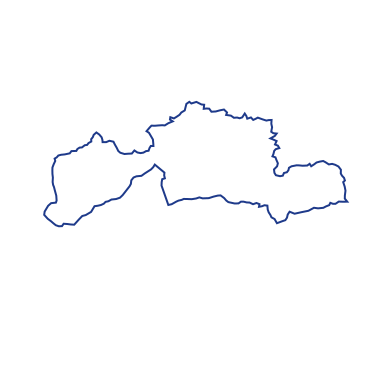 Itaperuçu, Paraná, Brazil, rotated 127°
{"feature_id": "56859067B7017772888773", "entity_name": "Itaperuçu", "entity_type": "district", "adm_level": 2, "iso_a3": "BRA", "parent_name": "Brazil", "parent_adm1": "Paraná", "projection": "mercator", "projection_center": [-49.491, -25.111], "detail": "fine", "context": "isolated", "style": "outline", "palette": "blue", "viewbox_px": 384, "rotation_deg": 127, "n_neighbors": 0, "source": "geoboundaries", "source_scale": "gbopen_adm2", "svg_char_len": 3295}
<svg xmlns="http://www.w3.org/2000/svg" viewBox="0 0 384 384"><g transform="rotate(127 192 192)"><path d="M299.2,296.3L300.2,291.1L300.2,287.0L300.4,284.0L300.5,280.8L299.5,277.7L297.5,275.3L294.6,275.4L292.6,272.3L290.9,269.3L289.0,266.4L282.1,265.8L277.2,265.2L274.4,263.0L271.5,261.8L268.6,260.6L262.0,261.3L259.7,259.0L257.2,256.9L254.4,255.4L251.9,255.1L249.7,253.2L246.5,251.8L243.3,248.4L239.9,246.1L236.2,245.5L225.0,245.3L222.3,245.7L219.2,247.5L215.6,247.4L212.9,245.8L209.5,242.1L205.6,240.9L198.6,238.3L195.5,237.9L192.5,238.2L193.1,225.7L195.5,224.2L197.4,221.9L199.7,223.5L202.3,222.2L205.2,220.2L216.6,203.1L214.0,200.9L211.5,199.8L209.2,198.8L207.0,197.6L204.5,195.5L202.5,194.4L200.2,191.2L197.9,187.9L194.7,184.8L191.9,182.9L190.7,179.7L186.8,174.9L182.7,172.0L179.3,169.2L177.5,167.1L177.5,162.6L178.2,159.5L178.2,156.9L175.5,151.0L173.1,148.0L170.3,147.1L168.7,145.0L167.4,142.0L165.8,139.7L165.0,135.9L162.0,133.9L161.1,130.8L163.5,129.6L161.2,127.5L159.0,126.2L157.5,123.6L160.5,120.9L162.1,118.5L163.1,115.7L164.4,113.3L163.9,109.8L165.8,105.4L163.0,103.6L161.1,102.4L158.3,100.5L155.3,100.7L152.4,102.0L149.0,102.2L147.6,97.0L142.2,92.4L136.9,87.7L131.2,85.1L129.2,81.5L125.6,77.6L122.8,76.3L119.9,74.5L117.4,75.0L116.6,72.3L115.1,70.3L111.3,69.0L109.1,65.8L106.3,62.2L105.3,66.0L102.8,67.8L98.6,70.2L95.8,73.3L93.1,77.2L90.8,76.8L89.2,79.1L88.7,82.0L87.7,84.3L84.6,86.5L83.5,90.4L84.1,94.0L85.2,97.0L87.6,99.3L87.9,103.4L88.3,105.9L90.8,108.2L93.5,110.3L96.4,111.1L99.7,112.3L98.7,115.0L101.5,115.9L104.4,119.4L106.3,122.5L107.7,124.5L111.6,128.0L114.3,129.1L116.6,128.1L119.1,128.1L121.5,130.0L124.3,129.3L126.4,131.2L128.1,135.1L127.1,137.7L124.6,140.1L120.3,139.5L117.4,140.7L115.6,143.9L114.1,146.2L115.1,149.2L112.7,149.8L109.7,151.1L107.4,150.9L104.4,148.7L103.3,151.3L104.1,154.3L100.4,155.1L101.3,159.1L102.0,161.6L97.4,159.6L94.4,159.6L96.1,162.4L96.2,165.0L92.1,167.0L89.8,169.7L86.6,171.8L88.4,174.0L90.2,175.6L91.5,179.3L93.0,184.2L95.2,185.2L97.6,186.5L97.0,189.8L100.2,192.0L98.6,194.3L97.6,197.1L102.2,196.8L104.4,198.3L105.4,200.8L107.5,203.2L107.6,206.9L109.9,211.1L107.4,211.9L106.9,216.1L109.8,218.7L113.4,221.5L116.2,224.8L115.1,228.4L116.6,230.7L118.5,232.7L115.0,234.8L116.4,237.1L117.4,242.7L121.7,245.8L121.6,248.4L125.0,249.5L128.6,248.0L131.2,246.9L135.0,248.4L137.8,248.4L141.3,249.6L144.1,250.7L145.3,254.3L147.4,253.2L147.2,249.9L151.3,252.3L155.2,253.8L156.6,256.0L159.0,258.8L161.5,261.6L163.4,264.3L165.9,264.6L170.8,264.9L170.6,262.0L172.0,258.6L173.6,254.8L176.7,252.0L178.5,250.5L180.0,252.6L182.4,252.4L185.2,251.5L187.0,253.3L189.8,254.5L191.9,256.5L193.3,259.4L193.5,263.0L197.5,263.2L199.9,266.1L202.3,268.8L203.8,272.9L203.6,275.6L202.0,278.7L200.5,282.2L199.1,285.0L200.8,288.8L203.9,290.6L206.0,293.4L204.3,294.9L202.7,297.1L201.9,300.7L202.0,304.2L205.5,304.9L208.0,304.2L210.5,304.3L212.3,302.8L215.2,304.1L217.5,304.1L219.2,305.8L222.6,306.7L224.2,308.5L226.6,309.4L228.8,309.1L231.9,312.9L234.7,312.9L238.5,316.2L241.1,319.0L243.3,320.7L245.8,320.9L248.0,321.8L249.5,319.9L252.9,319.2L256.4,318.2L258.8,316.5L261.6,314.3L264.2,311.8L267.9,309.3L269.9,307.2L271.1,305.2L273.5,302.2L276.6,298.2L280.3,295.0L282.4,294.3L285.7,297.8L289.6,298.6L296.3,297.9L299.2,296.3Z" fill="none" stroke="#1e3a8a" stroke-width="2"/></g></svg>